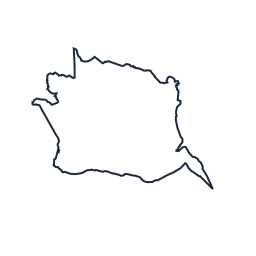 Atzitzintla, Puebla, Mexico, rotated 107°
{"feature_id": "50627088B23219182894428", "entity_name": "Atzitzintla", "entity_type": "district", "adm_level": 2, "iso_a3": "MEX", "parent_name": "Mexico", "parent_adm1": "Puebla", "projection": "robinson", "projection_center": [-97.303, 18.944], "detail": "fine", "context": "isolated", "style": "outline", "palette": "slate", "viewbox_px": 256, "rotation_deg": 107, "n_neighbors": 0, "source": "geoboundaries", "source_scale": "gbopen_adm2", "svg_char_len": 5780}
<svg xmlns="http://www.w3.org/2000/svg" viewBox="0 0 256 256"><g transform="rotate(107 128 128)"><path d="M175.9,128.7L175.6,128.4L175.5,127.8L175.6,127.0L175.7,126.5L175.6,125.4L175.4,124.9L175.4,124.2L175.5,123.2L175.7,120.7L175.5,120.0L174.8,118.8L174.6,118.4L174.2,118.0L173.2,117.8L172.8,117.1L172.5,116.2L172.2,114.4L172.1,112.6L172.2,111.3L171.9,109.6L171.9,108.9L171.6,107.7L171.5,107.1L171.5,105.7L171.6,103.6L171.5,103.0L171.6,102.4L171.9,101.6L172.7,100.7L172.7,100.1L172.9,99.8L173.0,99.6L173.4,99.4L173.6,99.2L173.7,98.4L174.2,97.3L174.3,95.9L174.2,94.6L174.0,92.9L172.9,90.5L172.5,88.7L172.0,88.5L171.7,88.2L170.8,87.4L170.1,86.5L169.4,85.3L169.4,84.4L160.8,75.8L157.5,71.9L151.3,66.2L148.3,64.6L144.9,63.0L144.9,62.5L145.4,61.8L146.2,60.8L146.4,60.4L146.8,59.9L148.2,59.0L150.5,55.1L150.8,54.2L150.9,53.1L151.3,51.9L151.6,51.2L152.0,49.6L152.5,48.6L153.3,45.7L153.0,45.0L153.0,44.7L153.4,44.3L161.6,29.0L151.1,38.2L147.9,41.7L145.7,44.4L145.0,44.9L143.0,45.2L142.5,45.8L141.8,46.3L141.3,46.9L140.2,47.8L139.6,48.4L139.1,50.2L138.9,50.7L137.3,52.1L136.8,53.4L136.7,54.2L136.5,54.7L136.3,55.8L136.5,56.7L136.6,57.5L136.3,58.5L135.2,60.1L134.2,62.1L134.0,62.3L133.6,62.5L133.2,63.2L132.3,63.9L131.1,65.5L130.0,66.4L129.6,66.9L129.4,67.9L129.6,68.6L130.6,70.1L132.8,71.6L133.3,71.8L133.9,72.1L134.2,72.3L135.1,72.8L135.3,73.0L135.3,73.3L135.5,73.4L135.6,73.7L135.5,74.8L135.7,75.1L135.6,75.3L135.4,75.3L134.9,75.0L134.7,74.5L133.9,74.1L131.9,74.1L131.4,73.8L131.0,73.8L129.9,73.2L129.7,73.0L128.9,73.3L126.3,72.0L125.8,71.9L124.8,72.0L122.5,72.8L121.9,73.4L121.6,74.2L121.0,75.1L113.3,80.8L108.0,83.7L105.7,84.9L104.7,84.9L103.6,85.5L102.9,85.4L102.6,85.2L102.0,85.1L100.7,86.0L99.3,86.5L98.1,86.9L96.1,87.0L95.2,87.2L93.4,87.1L92.0,86.4L91.1,85.7L89.9,85.1L88.7,85.0L88.0,85.1L86.8,85.9L86.7,88.7L78.1,90.4L76.9,91.7L77.1,91.8L76.7,92.3L76.6,92.2L76.2,92.6L75.1,93.1L74.8,93.4L74.7,93.8L73.9,94.0L73.4,94.6L72.9,93.9L72.6,93.2L72.3,93.4L71.8,94.1L70.6,92.4L68.5,94.2L70.0,96.7L69.6,97.0L68.8,97.2L68.1,97.6L67.7,98.0L67.2,99.0L66.9,100.2L66.7,101.1L66.7,103.2L67.1,103.6L67.3,104.0L67.8,104.2L68.2,104.5L68.8,104.7L69.8,104.6L70.1,104.8L70.6,104.7L71.1,104.9L72.3,104.4L72.7,103.7L72.9,103.6L73.8,105.7L74.2,106.1L74.5,106.2L74.6,106.5L74.6,108.1L75.1,110.6L74.9,111.0L70.9,117.8L70.6,117.7L70.3,117.8L68.5,121.1L66.6,123.4L67.1,125.8L67.0,126.2L67.6,127.3L67.9,127.5L68.2,128.6L68.3,129.2L68.5,129.6L68.4,130.2L68.2,131.2L68.1,132.4L68.0,132.9L67.9,133.2L68.0,133.6L67.8,134.2L68.0,134.6L67.9,134.7L67.9,135.2L68.0,136.2L67.9,136.4L68.1,136.9L68.3,137.1L68.2,137.9L68.4,138.3L67.9,138.8L67.9,139.0L68.2,139.3L68.2,139.5L67.9,139.7L68.1,139.9L68.0,140.2L68.1,140.5L67.8,141.0L67.3,141.1L67.4,141.5L67.9,142.1L68.0,142.7L68.2,143.0L67.7,144.0L67.0,144.6L67.2,147.9L67.9,149.0L68.7,149.4L69.5,150.1L70.1,151.2L70.4,152.0L70.2,156.7L69.9,165.5L69.9,166.3L70.3,167.1L70.6,167.3L71.0,167.6L71.1,169.1L71.5,169.5L73.3,170.6L73.4,171.0L73.5,171.3L69.7,180.7L73.4,183.1L74.7,184.5L76.0,185.8L76.0,186.1L77.3,189.2L77.1,191.0L77.3,191.5L77.2,192.0L76.9,192.7L76.6,192.9L76.2,192.8L74.6,194.5L73.7,196.5L73.3,196.9L72.3,197.6L71.4,198.4L70.3,198.7L70.1,199.0L69.2,199.4L68.8,199.7L68.2,200.4L67.8,203.1L80.6,198.5L87.5,196.2L95.4,193.8L95.6,194.2L96.2,194.8L96.0,195.1L96.0,196.6L95.5,198.2L94.9,199.5L96.8,201.4L97.0,201.8L97.0,202.3L96.4,204.4L96.3,206.2L96.7,207.0L97.3,207.2L97.2,207.5L97.4,208.1L98.2,209.3L97.8,209.9L97.2,211.0L96.3,213.9L96.8,214.2L97.1,214.8L98.4,215.1L98.5,218.1L98.7,218.7L99.0,219.1L100.0,219.6L100.6,220.2L101.2,220.5L101.4,220.5L101.9,220.4L102.6,220.0L104.2,219.6L104.9,219.5L105.6,219.7L105.9,219.6L105.9,219.2L106.2,218.8L107.6,218.9L108.8,218.3L108.9,217.7L109.6,217.6L110.9,216.7L111.6,216.8L111.8,216.0L114.3,216.6L114.4,215.9L115.5,214.5L116.4,213.0L116.7,212.4L116.8,211.6L117.0,209.5L116.8,208.9L116.7,208.3L115.8,206.5L116.5,206.6L117.9,206.8L118.9,207.4L119.3,205.9L119.9,205.5L120.6,205.5L120.7,205.4L121.2,204.4L121.9,203.8L122.1,203.3L122.5,203.0L123.0,202.6L123.3,202.6L124.1,202.8L124.6,203.0L124.8,203.3L125.5,204.4L126.6,205.6L127.3,206.7L127.8,207.2L128.0,207.5L127.9,208.3L127.3,208.9L126.6,210.5L126.4,211.5L126.5,212.1L126.5,212.7L125.8,213.4L125.2,214.8L125.2,215.2L125.3,216.2L125.6,217.2L125.7,218.3L126.1,219.4L126.2,219.9L126.4,220.7L126.3,222.3L126.3,222.9L126.4,223.5L126.6,223.8L127.2,224.1L127.7,224.8L128.7,225.7L129.1,225.8L130.7,226.2L131.3,227.0L131.7,226.7L131.9,226.6L133.1,226.3L133.2,226.1L133.3,225.6L133.2,224.9L133.1,224.4L133.0,224.0L132.3,223.0L132.3,222.5L132.5,221.6L132.2,220.4L132.2,219.8L132.2,219.3L132.4,219.0L135.0,216.5L155.9,194.5L157.9,192.0L159.8,190.7L161.1,190.1L161.8,190.1L163.2,190.4L164.5,190.5L165.2,190.1L166.3,189.1L167.3,188.7L170.3,188.5L169.6,187.4L171.6,187.2L172.4,188.4L177.7,188.2L178.6,188.4L178.6,188.7L179.7,189.4L184.3,188.2L185.0,188.4L185.3,188.3L185.5,187.8L186.0,187.4L186.0,187.0L185.9,186.6L186.4,185.7L186.4,185.4L186.3,185.1L186.0,184.1L185.8,183.5L185.9,183.2L186.5,182.9L186.9,182.1L187.3,181.5L187.4,181.2L187.2,180.9L187.3,180.7L187.8,180.0L188.0,179.3L188.4,178.9L188.6,178.8L188.9,178.2L189.4,177.8L189.4,177.3L189.2,176.9L188.5,176.2L188.5,174.0L188.4,173.7L188.4,173.0L188.6,172.6L188.5,171.7L188.5,171.2L188.7,170.5L188.6,169.0L188.1,167.9L188.0,166.8L187.7,165.6L187.3,164.5L186.4,162.7L185.8,161.2L185.2,160.3L183.7,157.8L183.4,157.6L182.2,156.7L181.2,155.5L180.5,154.9L180.2,154.5L179.3,152.0L178.5,150.9L178.5,150.5L178.4,147.7L178.1,146.9L177.5,146.4L177.5,146.0L177.4,145.2L177.5,143.9L177.4,143.4L177.5,142.1L177.5,141.7L177.2,140.8L177.2,140.4L177.3,140.1L177.2,139.2L176.3,138.1L176.0,137.5L175.7,136.0L175.6,135.0L175.6,133.4L175.8,132.5L175.8,132.0L176.0,130.9L176.0,129.2L175.9,128.7Z" fill="none" stroke="#1e293b" stroke-width="2"/></g></svg>